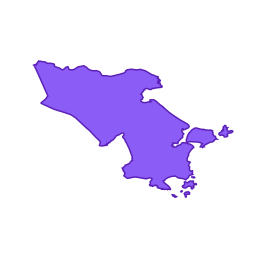 Prey Nob, Krong Preah Sihanouk, Cambodia, rotated 280°
{"feature_id": "14789045B88399484092706", "entity_name": "Prey Nob", "entity_type": "district", "adm_level": 2, "iso_a3": "KHM", "parent_name": "Cambodia", "parent_adm1": "Krong Preah Sihanouk", "projection": "equal_earth", "projection_center": [103.742, 10.678], "detail": "fine", "context": "isolated", "style": "filled", "palette": "violet", "viewbox_px": 256, "rotation_deg": 280, "n_neighbors": 0, "source": "geoboundaries", "source_scale": "gbopen_adm2", "svg_char_len": 5934}
<svg xmlns="http://www.w3.org/2000/svg" viewBox="0 0 256 256"><g transform="rotate(280 128 128)"><path d="M173.5,24.2L172.6,25.6L171.3,26.0L170.8,26.6L145.7,43.5L142.1,41.8L137.8,38.1L137.2,38.2L133.8,51.1L133.0,56.1L132.7,59.5L131.3,69.0L129.2,74.2L120.3,87.9L119.2,90.0L113.6,97.5L110.0,102.9L109.2,103.2L105.8,102.9L105.7,105.4L106.7,108.0L107.2,110.0L107.3,110.1L107.4,109.0L107.6,108.9L108.3,110.5L108.8,110.7L109.3,110.2L109.5,111.3L110.0,111.3L110.4,111.8L110.5,112.6L110.9,112.6L112.2,113.4L112.4,113.9L112.6,113.8L113.0,114.2L114.1,115.7L118.3,117.9L120.1,120.8L121.5,122.2L122.2,123.3L122.1,124.5L121.8,124.9L121.1,125.2L120.3,125.1L118.8,124.3L118.0,124.5L117.1,125.4L116.4,126.7L114.5,127.7L112.5,129.5L106.9,133.4L99.7,137.5L98.6,137.1L97.0,138.1L96.1,136.9L93.5,135.7L91.3,132.7L90.9,131.7L90.0,131.5L87.7,129.8L87.5,129.3L86.6,129.9L86.3,130.9L85.0,130.7L83.9,132.2L82.6,132.9L82.0,132.5L81.3,132.7L80.2,132.3L78.5,135.5L78.4,136.1L79.0,138.2L80.5,141.7L81.1,144.2L81.1,154.7L82.5,157.4L82.7,159.3L82.3,160.3L81.9,160.6L79.5,159.6L78.9,159.1L76.8,159.8L76.0,159.2L75.8,159.5L75.4,159.4L75.4,159.9L75.1,159.9L74.9,160.2L75.4,161.7L74.8,162.1L74.7,162.3L75.5,163.1L75.6,163.5L76.1,163.8L76.2,165.0L76.5,165.4L76.2,165.7L76.5,165.9L76.1,167.1L74.5,167.3L74.1,168.4L74.0,168.2L74.2,169.8L74.0,171.1L73.5,171.6L73.6,172.2L74.0,171.7L74.2,172.0L74.3,172.7L73.8,174.3L74.5,177.1L74.1,177.6L74.6,178.3L74.9,179.6L74.7,180.2L75.3,180.5L75.9,179.6L77.0,179.2L77.4,178.2L78.0,177.7L80.4,173.2L81.7,172.0L81.9,171.9L81.9,172.5L84.8,174.4L86.1,176.1L87.8,179.0L88.9,183.0L87.6,186.1L87.7,190.7L87.4,192.9L86.9,193.9L88.0,194.5L89.6,196.0L92.1,196.7L93.0,199.1L93.6,200.0L94.5,199.0L95.7,199.2L97.0,199.0L97.1,198.6L96.5,198.1L96.5,197.4L97.0,196.4L98.0,195.6L100.5,195.5L101.2,194.4L101.8,194.1L103.3,194.4L105.0,195.2L105.5,194.4L105.4,192.7L106.1,191.9L106.8,191.7L109.4,191.7L111.9,192.5L112.7,192.1L113.3,192.1L117.2,193.8L119.4,195.3L120.1,196.1L121.1,195.7L121.9,194.6L122.9,191.8L122.9,189.6L123.4,188.4L123.1,184.4L122.8,183.9L120.6,182.6L119.5,180.0L117.6,178.6L117.1,176.8L117.4,176.0L117.9,176.1L117.5,175.2L118.0,174.7L118.1,174.2L118.7,174.4L119.0,174.2L119.6,175.0L120.3,175.3L121.1,174.7L121.2,178.4L122.0,180.0L123.3,179.8L124.8,180.7L128.4,183.5L129.9,183.1L130.7,183.2L131.7,184.0L132.1,183.8L133.2,182.2L133.9,181.9L134.2,181.6L135.5,181.5L136.8,181.8L136.9,182.2L136.0,182.6L135.7,183.0L138.4,187.1L138.9,187.6L140.0,188.0L141.3,187.3L142.3,185.5L145.3,177.3L148.5,169.9L151.0,164.9L154.5,159.3L154.6,158.8L154.9,158.8L156.6,155.3L159.1,151.3L160.1,149.1L160.1,146.6L159.3,144.7L159.0,144.7L157.8,146.0L157.1,143.1L156.1,141.3L155.7,137.9L156.9,136.0L158.2,135.8L158.7,136.9L159.6,137.3L160.5,137.2L160.8,137.5L162.3,136.2L163.5,135.8L163.7,135.4L163.4,135.0L163.5,134.7L167.1,136.8L168.4,137.0L168.5,137.8L168.9,137.6L169.6,138.0L170.2,139.4L169.7,143.4L170.1,144.2L171.3,145.2L171.2,146.0L172.3,148.4L173.7,153.3L174.0,154.1L174.4,154.3L175.0,154.4L175.7,153.4L175.7,152.5L177.6,151.9L177.4,151.5L177.6,150.9L177.1,150.4L177.7,149.3L178.6,149.3L178.8,150.1L178.8,150.8L179.0,150.9L179.2,149.8L180.0,149.6L180.4,151.0L180.2,151.5L180.5,151.6L181.1,150.5L180.8,150.3L180.9,150.0L181.3,150.3L181.5,150.1L182.0,148.8L182.1,149.2L182.6,148.7L183.2,148.9L183.8,148.6L183.8,146.4L184.5,144.2L184.6,142.4L187.3,135.2L187.9,130.0L186.7,126.4L186.4,120.7L185.0,116.8L184.1,116.0L181.8,115.1L179.3,110.2L176.1,102.7L175.7,101.2L175.7,97.6L175.1,93.9L175.3,93.1L177.9,90.9L178.6,89.7L179.0,86.6L178.4,84.5L178.3,81.1L179.4,78.1L180.8,76.3L180.8,75.3L181.7,73.9L179.4,68.0L176.4,64.9L175.4,62.5L175.3,60.3L175.5,59.8L177.9,58.2L177.2,56.5L175.0,54.8L174.1,53.9L173.9,53.1L175.3,49.6L175.4,47.5L175.9,45.4L176.5,44.4L177.3,44.6L177.9,44.4L178.2,43.5L178.3,40.6L177.7,37.1L178.7,35.0L178.5,33.4L178.5,29.5L178.2,29.4L178.4,28.5L177.8,28.5L177.6,27.9L176.5,27.3L175.8,27.3L175.5,27.0L174.3,26.8L174.6,26.0L173.5,24.2ZM130.6,188.0L126.3,187.5L124.8,187.9L124.3,188.5L124.3,189.1L125.0,190.6L125.5,192.5L125.9,196.5L126.2,198.0L126.2,201.6L125.4,204.0L124.2,203.1L123.5,203.1L122.0,202.4L121.9,202.8L122.3,204.1L122.3,204.6L121.8,204.8L122.4,205.4L122.7,206.3L123.2,205.7L123.7,205.7L125.9,208.2L128.7,212.0L128.7,212.9L129.3,214.0L130.5,215.1L130.9,215.0L131.5,215.4L132.3,216.4L132.5,217.5L132.9,216.6L133.4,216.1L134.9,215.6L135.2,213.8L135.6,213.3L136.5,213.1L136.7,212.5L138.1,212.5L138.8,211.7L139.8,211.9L140.1,211.4L140.3,209.2L139.8,208.2L139.6,204.1L139.8,202.1L139.5,202.0L139.4,200.7L139.8,196.6L139.8,194.5L139.2,193.5L137.3,191.3L132.9,188.6L130.6,188.0ZM138.8,218.6L137.5,218.7L136.8,219.9L136.8,220.5L137.3,221.1L137.4,222.8L136.9,223.8L135.9,224.4L136.4,226.5L137.5,227.6L138.5,226.9L139.3,226.8L140.5,228.4L141.3,230.8L142.6,231.8L143.2,231.6L143.4,230.7L143.2,229.5L142.2,228.4L142.4,226.7L144.1,225.4L145.5,226.1L145.2,225.3L145.4,224.7L145.9,224.2L147.0,224.2L147.4,223.0L145.5,221.6L144.1,221.9L143.4,221.6L142.9,222.2L142.4,221.8L142.1,222.0L141.7,220.7L140.7,220.9L138.8,218.6ZM81.8,193.2L80.9,192.8L80.7,191.9L80.1,191.6L79.2,192.1L78.9,193.0L78.7,194.6L79.1,195.4L80.7,196.9L81.5,198.7L81.1,200.2L80.2,200.8L79.7,200.7L79.2,201.2L79.2,201.9L80.3,202.5L80.8,203.2L81.3,203.2L81.8,202.4L82.7,202.5L83.6,203.3L84.1,205.1L84.7,205.1L85.1,204.5L84.4,203.7L84.7,202.6L85.7,201.8L87.0,201.6L86.9,200.4L86.5,199.6L86.6,198.7L86.0,197.4L85.0,196.9L84.7,196.4L84.5,195.8L84.9,193.4L84.6,192.9L83.2,193.4L81.8,193.2ZM75.7,198.4L74.6,195.7L73.2,194.8L72.5,195.1L71.5,196.2L70.3,196.4L70.0,197.1L70.4,197.4L71.7,196.7L72.3,197.0L73.1,197.9L73.5,200.0L75.0,199.9L75.7,198.4ZM68.9,187.7L69.0,186.7L69.4,186.0L70.0,185.6L69.9,184.5L70.1,183.4L70.0,183.1L68.8,184.1L68.7,185.0L68.1,185.9L68.2,187.1L68.9,187.7ZM90.9,202.3L91.3,201.7L90.8,198.7L90.3,201.2L90.6,202.2L90.9,202.3ZM75.3,192.4L75.5,191.8L75.3,191.4L74.4,191.1L74.3,191.5L74.6,192.2L75.3,192.4Z" fill="#8b5cf6" stroke="#5b21b6" stroke-width="1.5"/></g></svg>